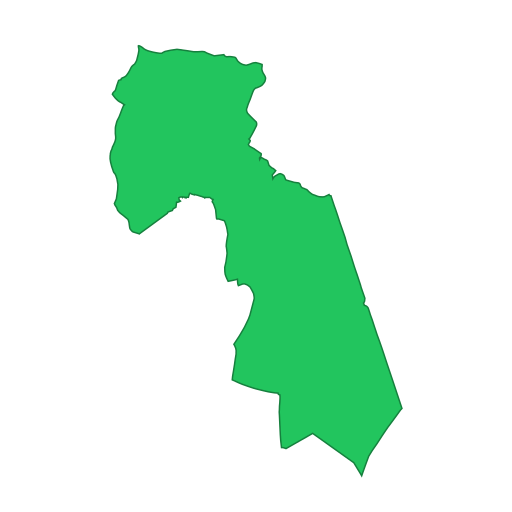 outline of 3e Arrondissement, Analamanga, Madagascar, rotated 194°
{"feature_id": "10022922B59270450060951", "entity_name": "3e Arrondissement", "entity_type": "district", "adm_level": 2, "iso_a3": "MDG", "parent_name": "Madagascar", "parent_adm1": "Analamanga", "projection": "robinson", "projection_center": [47.533, -18.895], "detail": "fine", "context": "isolated", "style": "filled", "palette": "green", "viewbox_px": 512, "rotation_deg": 194, "n_neighbors": 0, "source": "geoboundaries", "source_scale": "gbopen_adm2", "svg_char_len": 6142}
<svg xmlns="http://www.w3.org/2000/svg" viewBox="0 0 512 512"><g transform="rotate(194 256 256)"><path d="M296.4,443.3L299.5,443.6L302.0,443.6L303.0,443.6L305.1,442.8L306.1,442.3L307.7,441.1L309.9,439.7L311.7,438.7L314.4,438.6L315.7,438.7L317.1,439.0L318.1,439.3L320.0,440.2L321.0,440.8L322.3,442.1L323.5,443.3L323.8,443.4L324.5,443.7L326.2,443.6L328.2,443.4L329.5,443.2L331.2,442.7L332.6,442.2L333.7,442.3L334.6,442.5L335.4,443.1L335.9,443.6L337.1,443.1L343.4,440.7L344.9,440.1L349.2,440.6L351.6,440.9L353.1,441.1L354.1,441.4L355.3,441.7L356.5,441.6L357.8,441.4L361.9,440.1L363.8,439.6L365.9,439.1L368.0,438.9L370.6,438.7L373.7,438.4L376.3,438.1L378.7,437.9L382.7,437.4L387.4,435.5L388.6,435.0L393.1,432.8L394.0,432.3L395.6,430.9L396.5,429.9L398.5,429.4L401.5,429.1L405.1,428.9L408.0,428.9L410.7,429.0L413.2,429.4L415.0,430.0L416.6,430.8L418.8,431.5L420.2,431.7L420.7,431.7L421.0,431.4L420.5,430.1L420.3,429.5L419.9,429.0L419.4,427.3L419.3,426.4L419.1,423.3L419.1,418.9L419.1,417.0L419.4,415.5L420.2,412.8L421.2,411.7L422.3,410.0L422.8,408.6L423.5,405.3L424.4,402.3L425.3,400.1L425.9,399.0L427.0,397.8L428.6,396.6L429.6,395.7L429.6,394.4L431.5,393.4L431.8,393.0L432.3,387.6L432.4,384.4L432.6,382.4L433.3,381.5L434.3,379.5L434.5,378.2L432.8,376.8L430.6,375.1L427.7,373.4L425.7,372.6L424.4,372.4L421.2,371.2L420.2,370.9L420.9,369.9L421.3,367.5L421.7,364.5L422.0,361.6L422.5,357.8L423.4,354.0L423.6,352.3L423.6,349.7L423.6,347.5L423.5,346.6L423.3,345.6L422.1,340.7L421.1,338.0L420.6,336.2L420.5,334.9L420.5,333.1L420.8,331.1L421.3,328.4L421.6,327.3L421.7,324.5L422.1,322.8L422.1,320.3L421.8,318.7L421.8,318.1L421.1,315.0L419.8,311.9L417.7,308.0L415.5,304.6L414.9,303.6L414.0,302.5L413.0,301.9L411.6,300.4L409.6,297.2L408.1,293.8L407.3,292.0L406.3,287.1L405.8,282.5L405.3,277.6L406.1,272.6L404.9,271.0L403.8,270.1L402.6,268.8L401.3,266.9L398.8,265.1L397.1,264.3L395.2,263.5L389.2,260.6L388.4,259.6L387.3,257.7L386.2,254.9L385.3,252.7L384.3,251.4L383.7,251.0L381.9,249.8L381.0,249.6L375.4,249.3L374.5,249.2L374.3,249.6L352.4,275.9L352.0,277.4L350.5,278.4L348.2,279.9L347.7,281.9L345.5,283.9L345.7,286.0L346.1,289.0L344.9,289.2L343.2,290.4L342.6,291.0L343.0,291.2L344.0,291.7L344.5,292.7L345.0,293.8L344.3,294.4L343.7,294.9L343.2,295.1L342.0,295.4L341.5,294.9L341.1,295.6L338.5,295.9L338.6,295.4L337.8,295.5L337.9,296.1L336.4,296.5L335.8,296.6L335.8,297.5L335.6,300.2L335.2,301.0L333.2,300.5L330.4,300.4L330.3,300.9L329.8,300.8L328.2,300.8L326.9,300.8L325.9,300.7L324.2,300.6L322.9,300.6L322.0,300.4L321.6,300.4L321.0,300.4L320.4,300.4L320.0,300.0L319.7,299.9L319.5,300.3L319.2,300.7L318.2,300.8L316.4,301.3L315.3,301.6L314.8,301.6L313.1,300.8L312.3,300.5L311.3,300.5L311.4,300.0L311.7,298.5L311.5,297.9L310.7,297.3L309.5,295.9L306.4,291.2L303.5,283.1L302.9,282.4L301.3,282.9L295.5,282.6L295.3,282.6L294.6,281.8L293.8,280.7L292.9,279.2L292.5,278.6L291.6,277.1L290.3,274.4L289.4,272.2L288.5,270.2L288.3,266.9L288.0,263.1L287.6,260.0L287.2,258.0L286.7,257.0L285.8,254.7L284.7,251.6L284.4,249.3L284.0,245.7L283.7,242.9L283.6,237.4L282.4,233.2L281.5,230.9L280.5,229.3L279.2,227.5L276.9,224.7L272.9,226.6L270.1,228.0L268.4,229.0L267.5,226.1L266.8,224.3L265.9,223.0L262.2,225.6L260.3,226.2L257.3,225.8L254.3,224.5L251.7,221.8L249.3,219.0L248.3,216.8L247.5,214.7L247.4,213.1L247.6,197.1L248.1,192.9L249.9,184.3L251.0,180.4L252.9,174.1L254.7,169.0L256.1,165.0L254.9,163.7L253.3,161.5L252.4,159.5L251.9,157.2L251.6,156.1L251.2,151.3L250.6,145.6L250.0,138.8L249.6,133.7L249.1,130.1L242.1,128.8L238.2,128.2L232.0,127.6L226.6,127.2L223.8,127.1L216.8,127.1L211.3,127.2L206.2,127.6L204.5,127.8L201.4,128.3L201.0,127.4L200.4,127.1L199.6,127.0L199.2,127.0L198.5,124.8L198.2,123.5L197.5,119.9L196.9,116.1L196.1,112.4L195.7,110.2L194.7,107.0L189.2,88.6L187.5,83.3L185.5,77.9L184.9,76.3L183.5,76.6L182.1,76.6L180.3,76.4L158.1,97.6L111.1,79.1L101.9,70.0L100.3,68.3L100.0,71.8L99.1,80.8L98.2,89.0L96.2,95.3L93.2,103.2L90.4,111.4L88.5,116.7L86.7,121.6L84.3,127.3L80.9,135.6L78.4,141.9L78.1,142.3L77.5,143.4L81.0,148.9L93.3,168.3L103.6,184.4L107.8,191.1L111.8,197.4L115.8,203.5L119.6,209.1L121.8,212.6L124.4,216.7L127.7,222.0L130.8,226.6L133.0,230.2L134.2,232.1L134.9,233.0L136.1,233.8L136.9,234.1L137.2,234.2L137.9,234.3L138.3,234.3L138.9,234.3L140.3,236.4L140.0,237.0L139.8,237.9L139.7,238.7L139.9,239.5L140.0,240.4L140.1,241.3L146.3,250.8L147.7,253.3L153.5,262.5L154.9,264.6L158.1,269.6L160.3,273.2L163.7,278.8L165.8,282.0L170.5,289.2L174.1,295.6L178.7,302.7L182.8,308.9L186.9,315.5L190.3,320.8L192.2,323.6L197.9,332.6L198.6,332.5L199.1,332.5L199.5,332.7L200.0,333.3L200.8,332.6L203.9,330.1L205.4,329.5L208.4,328.9L210.0,328.8L211.5,328.9L213.6,329.2L214.8,329.3L216.1,329.4L217.1,329.8L218.2,330.2L220.1,331.1L222.0,332.3L222.9,332.8L223.9,332.8L225.2,333.1L227.1,333.3L227.9,333.4L228.6,333.9L229.5,334.6L230.3,335.9L230.9,336.6L231.5,337.0L232.5,337.2L236.8,336.7L239.5,336.8L242.7,336.9L244.8,337.0L245.4,337.1L245.8,337.4L247.8,340.2L248.2,340.6L248.7,341.0L249.6,341.3L250.5,341.6L252.2,341.8L253.5,341.3L254.9,340.0L257.0,338.0L257.7,336.9L258.0,336.1L258.3,335.0L259.8,338.6L258.3,341.6L257.5,343.6L258.9,344.3L260.2,345.0L261.8,345.3L263.7,346.2L265.3,347.1L266.6,349.2L267.7,351.0L269.1,351.6L270.3,351.8L271.3,351.9L272.4,352.3L274.8,352.9L275.1,352.6L275.5,351.8L275.7,351.2L275.8,350.6L276.1,351.2L276.3,352.0L276.1,352.7L275.5,353.1L275.4,355.3L275.5,355.8L275.8,356.6L276.3,356.8L277.3,357.1L282.9,359.2L283.7,359.6L284.9,359.9L286.5,360.3L287.6,360.6L288.5,360.8L289.3,361.2L290.0,361.9L290.4,362.4L290.0,364.1L289.5,365.4L289.6,366.7L291.2,367.8L290.6,368.5L289.2,373.5L288.2,377.5L287.3,381.6L287.1,382.6L287.1,383.5L287.5,385.0L288.2,386.1L291.8,388.2L295.0,390.1L296.9,391.3L298.6,392.4L299.4,393.3L300.0,394.2L300.5,395.3L300.7,396.5L300.6,397.7L300.5,398.3L300.4,400.7L300.1,403.1L299.6,406.3L299.1,411.3L298.7,414.8L298.3,416.7L298.0,417.4L297.0,418.9L296.2,419.2L293.3,421.4L291.8,422.8L291.4,423.4L290.5,425.1L289.7,427.2L289.6,427.5L289.6,429.7L289.7,430.7L290.0,431.5L290.5,432.2L291.0,432.9L292.2,434.1L293.7,435.6L294.7,437.1L295.4,438.3L295.8,439.8L296.0,441.7L296.4,443.3Z" fill="#22c55e" stroke="#15803d" stroke-width="1.5"/></g></svg>